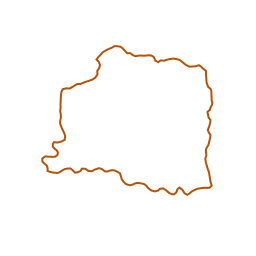 the district of Belo Oriente, Minas Gerais, Brazil, rotated 162°
{"feature_id": "56859067B81668974812121", "entity_name": "Belo Oriente", "entity_type": "district", "adm_level": 2, "iso_a3": "BRA", "parent_name": "Brazil", "parent_adm1": "Minas Gerais", "projection": "mercator", "projection_center": [-42.44, -19.258], "detail": "fine", "context": "isolated", "style": "outline", "palette": "amber", "viewbox_px": 256, "rotation_deg": 162, "n_neighbors": 0, "source": "geoboundaries", "source_scale": "gbopen_adm2", "svg_char_len": 2350}
<svg xmlns="http://www.w3.org/2000/svg" viewBox="0 0 256 256"><g transform="rotate(162 128 128)"><path d="M178.9,99.4L175.7,98.0L172.7,98.7L170.0,98.8L167.6,98.6L165.4,96.9L163.4,93.9L161.1,93.0L158.7,93.1L156.0,92.8L153.7,91.6L151.7,89.7L149.7,87.5L149.6,84.3L149.8,81.2L148.9,78.3L147.3,75.4L144.2,73.0L141.1,72.7L138.7,73.1L136.5,73.0L133.2,71.6L130.2,69.8L128.5,67.7L127.5,64.8L125.3,61.5L122.1,59.4L118.8,59.2L116.3,60.3L113.1,59.6L110.9,56.7L109.1,53.7L106.9,51.5L104.5,50.7L101.8,52.0L99.9,54.5L97.4,55.4L95.4,52.6L94.4,48.4L92.1,46.1L89.3,46.9L86.8,48.0L83.5,48.5L80.6,48.8L77.2,48.2L74.0,47.6L71.3,46.6L68.9,46.0L66.2,47.3L66.1,51.3L65.7,54.5L65.1,57.9L64.7,61.1L64.8,64.9L64.7,68.7L64.5,72.1L63.9,75.0L62.0,77.7L61.4,80.1L61.0,82.4L59.6,84.7L56.8,87.0L54.6,90.5L52.9,93.3L51.7,95.9L52.6,98.9L52.7,101.5L50.7,103.9L48.5,107.1L47.1,110.1L48.1,112.9L47.8,115.6L47.5,118.7L44.5,120.0L43.0,122.2L41.2,123.8L40.0,125.8L39.9,128.5L39.0,131.4L38.2,134.6L37.3,137.4L37.4,139.8L39.1,142.3L39.2,147.1L38.2,150.9L37.3,154.9L36.2,158.3L38.0,160.8L39.5,163.8L41.2,165.8L44.6,165.8L47.5,166.5L50.7,167.4L53.4,170.0L55.4,173.1L57.8,176.7L60.9,178.7L63.6,180.1L66.4,180.6L69.5,180.9L72.7,180.8L76.1,182.2L79.0,181.3L81.2,183.6L81.5,187.4L83.3,189.7L86.1,190.8L88.6,191.3L91.8,192.3L94.1,193.2L96.4,193.7L98.7,193.9L100.9,195.8L102.8,198.5L105.6,199.3L107.1,202.4L108.3,205.1L109.9,207.5L112.5,208.9L115.5,210.0L119.0,209.3L122.2,209.1L125.8,208.5L128.6,207.8L131.1,206.3L134.2,204.7L136.8,202.9L135.4,200.0L135.2,196.6L136.8,193.9L139.6,191.8L140.5,188.3L143.6,186.0L146.9,185.1L150.8,184.9L153.6,185.0L156.2,184.9L159.8,184.6L162.9,185.5L167.7,184.3L171.3,183.6L174.9,184.9L178.0,185.1L179.8,183.4L181.3,180.8L182.7,177.2L183.9,173.9L185.0,171.0L185.7,168.5L187.2,165.2L187.7,162.0L188.6,158.7L190.2,155.8L191.2,152.9L191.0,148.7L190.5,144.9L190.2,142.3L190.3,139.5L191.9,136.3L195.9,135.7L199.3,135.9L202.9,137.4L204.5,135.8L205.3,133.5L204.3,131.1L202.8,128.9L202.2,126.5L203.3,124.3L205.9,123.2L208.6,123.9L212.5,125.3L215.6,126.6L218.9,125.5L219.8,122.4L218.3,119.7L216.8,117.2L216.9,114.7L217.7,112.0L215.9,110.5L213.8,109.2L211.4,108.1L209.1,107.0L206.5,107.1L204.3,107.8L201.3,108.4L198.3,108.2L195.2,107.3L193.8,105.2L192.3,102.0L189.5,101.4L186.3,101.8L184.5,103.6L181.2,102.4L178.9,99.4Z" fill="none" stroke="#b45309" stroke-width="2"/></g></svg>